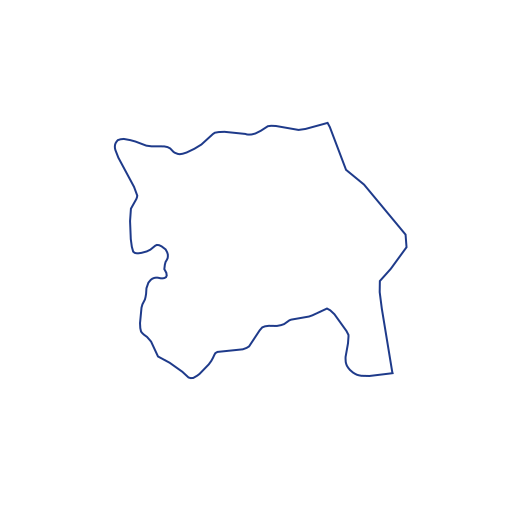 SVG path tracing the border of Sonsonate, rotated 231°
{"feature_id": "SLV-1348", "entity_name": "Sonsonate", "entity_type": "Department", "adm_level": 1, "iso_a3": "SLV", "parent_name": "El Salvador", "parent_adm1": "", "projection": "mercator", "projection_center": [-89.666, 13.711], "detail": "fine", "context": "isolated", "style": "outline", "palette": "blue", "viewbox_px": 512, "rotation_deg": 231, "n_neighbors": 0, "source": "natural_earth", "source_scale": "10m", "svg_char_len": 2032}
<svg xmlns="http://www.w3.org/2000/svg" viewBox="0 0 512 512"><g transform="rotate(231 256 256)"><path d="M314.4,395.4L309.7,394.5L266.3,380.2L243.5,384.9L178.5,385.7L168.1,378.5L161.2,352.6L158.6,336.5L150.1,329.4L136.0,320.7L80.5,289.1L79.0,288.4L80.6,285.8L91.4,268.6L96.6,262.5L98.5,260.9L100.2,259.7L102.2,258.8L104.5,258.0L108.4,257.3L111.1,257.3L113.6,257.6L115.4,258.2L117.1,259.0L119.9,261.0L121.2,262.1L130.2,272.5L135.2,277.2L136.5,278.2L140.8,279.1L161.4,280.3L167.1,279.5L170.5,278.1L174.4,262.5L175.6,259.1L184.4,243.3L185.0,241.5L185.4,235.0L186.5,232.0L188.5,228.2L193.7,222.0L195.7,218.7L196.6,215.9L195.9,212.0L190.1,193.7L190.5,190.8L191.8,187.0L205.7,165.7L206.1,163.3L205.5,161.7L203.9,158.4L202.6,155.2L201.5,151.1L199.9,137.9L200.0,135.0L200.7,130.5L202.2,128.4L204.1,127.1L212.4,125.9L227.4,121.7L239.6,116.6L255.5,120.6L261.6,120.4L265.4,119.4L267.5,119.1L269.6,119.1L272.8,120.7L276.8,123.6L287.9,134.5L289.9,137.3L292.1,142.3L293.6,144.3L295.7,146.7L299.9,150.6L303.0,155.6L303.7,159.2L303.6,161.2L303.0,163.1L302.1,164.7L301.1,165.9L298.4,168.1L297.3,169.5L296.5,171.0L296.2,172.8L297.0,174.3L299.3,175.7L303.5,176.5L306.6,179.7L308.3,182.0L309.1,184.2L309.9,185.9L311.1,187.2L312.6,188.4L314.8,189.3L318.0,189.9L322.9,188.7L325.4,187.5L327.0,185.9L327.4,184.2L327.4,177.9L328.3,174.0L330.5,169.0L332.3,166.0L333.5,164.7L334.8,163.7L336.7,163.3L341.3,165.3L347.9,169.3L362.4,180.1L371.5,188.6L375.6,198.9L376.5,200.4L377.6,201.7L386.4,204.7L419.0,210.9L426.8,213.4L428.5,214.2L429.9,215.2L431.1,216.4L432.0,217.8L432.6,219.5L433.0,221.5L432.0,224.1L430.2,226.9L425.2,231.2L420.9,234.3L410.8,240.2L407.1,243.7L399.0,253.6L396.3,255.8L393.6,257.0L388.8,257.4L387.3,257.9L384.5,259.5L383.1,260.8L381.6,263.4L380.1,267.2L378.1,275.6L377.0,283.7L377.9,299.2L377.7,301.6L375.8,305.0L372.4,309.6L357.6,324.5L356.1,325.5L354.8,326.9L353.2,329.1L351.6,332.6L350.3,338.5L349.4,346.9L347.6,349.8L344.5,353.3L327.2,368.4L323.6,374.4L316.3,391.0L314.4,395.4Z" fill="none" stroke="#1e3a8a" stroke-width="2"/></g></svg>